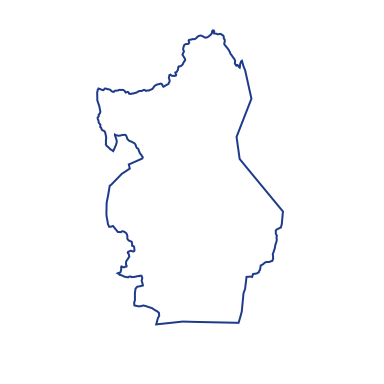 outline of Santa María Quiegolani, Oaxaca, Mexico, rotated 154°
{"feature_id": "50627088B40011540335784", "entity_name": "Santa María Quiegolani", "entity_type": "district", "adm_level": 2, "iso_a3": "MEX", "parent_name": "Mexico", "parent_adm1": "Oaxaca", "projection": "orthographic", "projection_center": [-96.048, 16.307], "detail": "fine", "context": "isolated", "style": "outline", "palette": "blue", "viewbox_px": 384, "rotation_deg": 154, "n_neighbors": 0, "source": "geoboundaries", "source_scale": "gbopen_adm2", "svg_char_len": 6059}
<svg xmlns="http://www.w3.org/2000/svg" viewBox="0 0 384 384"><g transform="rotate(154 192 192)"><path d="M244.9,263.3L244.0,264.0L242.8,265.0L241.8,265.9L241.0,266.6L239.7,267.6L239.0,268.4L238.5,269.0L238.1,269.4L237.7,270.0L237.3,270.7L237.1,271.5L237.0,272.1L236.9,272.9L236.7,274.0L236.5,275.5L236.5,276.7L236.1,277.3L235.8,276.7L235.0,276.1L234.3,275.5L233.1,274.6L232.0,274.3L230.8,274.0L229.5,273.8L228.5,273.3L227.6,273.0L226.8,272.5L226.6,272.0L226.5,271.0L226.6,269.9L226.6,269.1L226.9,268.2L226.7,267.4L226.4,266.8L226.2,265.9L225.6,265.0L225.1,264.5L224.5,264.1L224.1,263.5L223.7,262.8L222.8,261.7L222.4,261.1L222.2,260.5L222.0,259.3L222.2,258.2L222.3,257.2L222.3,256.3L222.2,255.6L221.5,254.7L221.4,254.2L221.4,253.6L221.6,253.0L221.7,252.2L221.8,251.6L221.7,251.0L221.8,250.0L221.7,248.8L221.3,247.7L221.3,246.8L221.0,244.9L221.9,243.9L235.3,244.4L236.7,244.5L237.7,240.3L247.1,239.1L261.6,233.9L263.2,233.7L268.9,225.7L273.4,219.8L278.7,209.5L279.8,206.4L280.5,203.6L281.6,200.1L281.7,197.0L279.8,196.3L277.9,196.1L276.9,191.7L276.2,188.6L273.5,187.1L273.4,187.2L271.9,187.3L271.2,186.9L270.7,186.4L270.3,185.9L270.0,185.5L269.8,185.1L269.6,184.6L269.2,183.9L269.1,182.3L269.3,181.2L269.8,179.9L270.4,178.8L270.6,178.2L270.5,177.4L270.2,176.5L269.8,175.6L268.6,174.5L268.0,173.4L268.5,171.7L269.4,169.9L268.2,168.9L268.2,167.7L268.7,166.4L269.2,164.8L269.9,164.3L270.4,164.1L271.5,164.7L272.2,165.6L272.7,166.0L273.4,166.2L273.8,166.1L274.1,166.0L274.8,166.2L275.7,166.2L276.3,165.8L276.4,165.1L276.1,163.9L276.4,162.5L276.8,161.2L278.0,160.7L278.8,160.0L279.7,159.6L280.7,159.1L281.7,158.3L282.9,156.3L283.1,155.2L283.1,154.3L283.6,153.7L284.6,154.1L285.8,154.0L286.9,154.7L288.0,156.0L288.7,155.5L289.1,154.3L290.0,152.8L291.2,151.5L291.9,151.1L293.0,151.3L293.8,151.5L294.4,151.5L293.4,150.1L293.4,149.3L291.9,148.1L290.3,146.0L288.8,144.7L286.8,143.3L285.9,143.5L284.2,143.0L283.7,142.0L281.4,141.1L279.8,140.6L277.5,140.2L276.1,139.4L275.5,139.6L274.1,138.8L274.4,136.4L276.2,134.3L276.5,131.8L277.1,129.5L279.8,130.0L282.7,130.9L285.1,129.9L287.0,127.1L288.0,125.5L289.2,122.9L290.7,119.8L292.5,117.9L293.5,115.3L290.2,112.7L288.1,111.8L285.6,111.4L283.6,109.8L281.2,107.4L278.8,105.1L277.2,102.2L275.7,100.2L274.7,98.0L275.7,95.2L278.0,93.5L282.2,88.7L257.1,79.6L255.4,78.7L246.0,73.8L207.5,54.0L204.0,57.8L199.7,62.7L190.1,78.4L186.8,81.6L180.2,91.8L176.0,90.1L175.2,89.3L173.1,91.5L169.5,90.4L167.1,90.6L165.8,91.9L165.0,92.2L162.5,95.8L159.9,95.9L157.8,96.5L157.3,96.6L156.2,96.5L155.2,96.2L153.4,95.3L151.3,95.1L150.1,94.9L149.8,95.2L148.3,96.4L147.8,97.8L147.1,99.2L146.8,100.5L145.9,101.5L144.7,102.5L143.9,103.6L142.6,104.6L142.4,105.0L140.8,107.1L140.3,107.9L138.3,109.9L137.8,110.4L137.0,111.5L136.2,113.1L136.2,113.8L134.8,115.7L135.0,117.5L134.7,118.3L133.6,120.6L132.6,121.1L130.4,121.2L128.1,121.2L127.7,121.1L125.3,123.9L118.8,134.6L131.4,186.9L134.7,200.8L127.8,222.0L97.7,249.8L90.9,278.0L90.6,282.4L89.6,288.1L90.2,288.0L90.8,287.7L91.2,287.3L91.7,286.8L92.2,286.4L92.7,285.7L93.3,284.9L93.6,284.5L93.9,283.7L94.2,283.4L94.6,282.9L95.1,284.1L95.2,284.8L95.2,285.4L95.4,286.2L95.7,286.4L96.2,286.1L96.8,286.1L97.1,287.4L97.1,289.0L96.8,289.4L96.2,290.2L95.8,291.0L95.6,292.0L95.7,293.3L95.9,294.2L96.1,295.1L96.3,296.6L96.5,298.0L96.8,299.1L96.8,300.0L96.6,301.4L96.7,302.3L96.7,303.4L96.9,304.4L97.2,306.3L97.5,307.2L97.7,308.6L98.0,309.2L98.2,310.3L98.0,311.2L97.2,312.3L96.6,312.7L96.2,313.7L95.8,314.8L96.0,315.4L96.1,316.0L95.7,316.9L95.3,318.1L95.3,318.6L95.5,319.3L96.1,319.9L96.4,320.7L96.8,321.2L97.0,321.6L98.0,322.0L98.9,322.1L99.8,322.5L100.6,323.5L101.3,324.0L102.1,324.5L102.7,324.9L102.7,326.1L101.7,326.5L101.6,327.5L102.2,328.1L103.3,327.8L103.9,327.0L104.8,325.8L106.3,325.1L107.7,324.8L108.9,324.5L110.0,324.4L110.9,324.4L111.4,324.6L111.8,324.7L112.1,324.8L112.5,324.9L114.2,327.4L115.1,328.4L115.9,329.0L117.4,329.2L117.9,329.3L119.0,329.1L119.9,328.7L121.4,328.3L122.7,328.3L123.7,328.7L124.7,329.3L125.9,329.3L127.0,329.8L127.9,330.0L128.7,329.5L129.0,327.5L129.8,326.9L130.7,326.8L131.7,327.3L132.6,327.6L133.3,327.7L134.1,327.6L135.2,327.1L135.6,326.4L136.6,325.4L137.5,324.0L137.6,321.9L140.4,319.6L139.9,314.5L140.5,313.3L141.8,312.8L142.6,312.1L143.2,311.9L143.5,311.6L144.2,310.9L145.5,310.4L146.7,310.1L147.8,310.2L149.0,310.7L149.8,310.0L150.3,309.1L151.0,308.1L151.8,307.6L152.9,306.7L154.6,306.7L154.9,305.4L154.8,304.3L155.6,303.7L156.8,304.0L159.0,305.1L159.6,306.1L159.9,306.9L161.0,307.0L162.8,304.7L163.1,302.3L163.6,301.3L166.0,299.4L168.5,299.4L169.9,299.2L171.5,299.1L171.8,299.6L171.8,300.6L171.7,301.5L171.9,302.4L172.3,302.8L173.0,303.3L174.1,303.3L175.1,303.7L176.9,303.9L178.4,303.8L179.5,303.6L180.8,302.8L182.4,302.0L184.0,302.0L184.9,302.2L185.6,302.0L186.8,302.4L187.7,302.8L188.6,302.9L189.4,303.4L189.6,304.2L190.0,304.6L190.8,305.0L191.5,304.9L192.4,304.8L193.2,305.0L193.9,305.3L194.6,305.6L195.1,305.9L195.9,305.9L196.5,305.9L197.4,305.8L198.1,305.7L198.8,305.8L199.1,305.8L199.5,305.9L201.9,306.4L203.1,306.9L203.6,306.8L204.5,307.3L205.4,307.8L205.5,308.0L205.3,309.1L205.8,310.1L206.9,310.4L207.9,310.4L208.1,311.1L208.2,312.2L208.4,312.7L208.9,313.6L209.6,314.2L210.9,314.8L212.1,315.4L212.7,315.7L214.1,315.7L215.4,316.2L216.5,316.7L217.1,316.7L217.9,316.5L218.5,316.3L219.6,317.1L220.2,318.2L220.7,319.7L221.9,320.9L223.1,321.6L224.1,322.8L225.2,323.2L226.3,322.6L227.1,322.4L228.4,323.5L228.8,323.9L229.2,324.5L230.7,326.0L232.2,324.9L232.8,323.9L233.7,322.9L234.3,321.5L235.0,320.0L235.8,318.2L236.7,316.5L237.1,314.8L237.3,313.2L237.5,311.1L237.8,309.3L238.3,307.6L239.2,304.2L240.6,302.9L242.0,302.4L242.6,300.9L244.2,300.3L244.7,298.9L244.8,297.0L245.4,295.3L245.2,294.0L244.8,292.8L246.0,290.5L245.5,289.6L245.6,288.6L245.8,288.0L245.6,286.9L244.6,285.9L244.1,285.0L243.9,284.6L244.2,282.4L245.0,279.4L245.3,278.6L245.6,277.7L246.2,277.1L246.7,276.1L247.7,274.2L248.1,273.2L248.6,272.6L248.5,271.2L248.3,270.4L247.7,269.3L247.3,268.1L246.9,267.3L246.8,266.5L246.4,265.8L245.8,265.0L244.9,263.3Z" fill="none" stroke="#1e3a8a" stroke-width="2"/></g></svg>